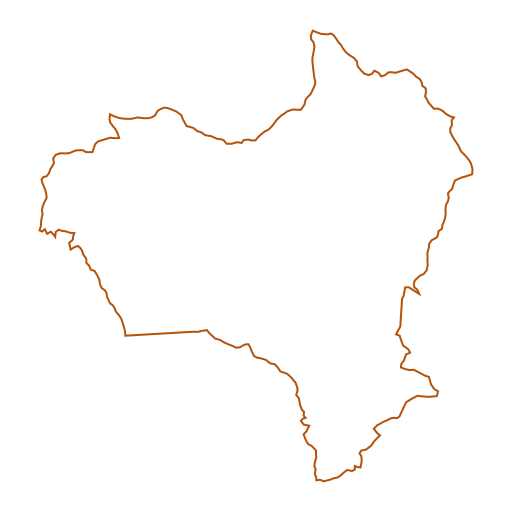 the district of Brotas, São Paulo, Brazil
{"feature_id": "56859067B5595696785316", "entity_name": "Brotas", "entity_type": "district", "adm_level": 2, "iso_a3": "BRA", "parent_name": "Brazil", "parent_adm1": "São Paulo", "projection": "orthographic", "projection_center": [-48.081, -22.291], "detail": "fine", "context": "isolated", "style": "outline", "palette": "amber", "viewbox_px": 512, "rotation_deg": 0, "n_neighbors": 0, "source": "geoboundaries", "source_scale": "gbopen_adm2", "svg_char_len": 4585}
<svg xmlns="http://www.w3.org/2000/svg" viewBox="0 0 512 512"><path d="M453.9,117.5L450.8,116.6L446.0,114.0L443.0,111.1L440.3,109.6L437.4,108.5L434.0,108.8L431.0,105.5L428.8,103.1L427.0,99.5L425.0,96.1L425.9,93.1L425.8,88.4L422.4,85.9L421.8,82.8L419.9,79.1L416.0,76.6L413.3,73.7L410.7,71.9L406.8,69.4L400.1,71.4L395.5,72.8L391.7,72.2L388.3,72.4L385.3,75.0L381.1,76.4L378.7,72.9L374.4,70.7L371.9,73.9L368.5,75.1L364.2,73.6L360.9,70.2L357.7,66.2L356.8,61.2L353.8,57.8L350.0,55.5L346.3,52.6L342.9,48.4L341.0,44.9L338.5,42.4L336.2,38.7L333.7,35.3L331.0,33.5L327.2,34.4L320.8,33.8L312.7,30.7L310.8,35.6L311.2,39.4L313.4,42.1L314.4,45.9L314.0,49.9L313.2,53.9L312.4,57.9L312.4,61.6L313.1,67.7L313.7,72.8L314.4,78.2L315.2,81.0L315.1,84.5L313.1,89.0L310.4,94.4L307.9,96.8L305.7,99.4L304.5,104.5L300.9,109.8L296.6,109.7L292.8,109.5L287.4,111.3L284.4,113.5L280.9,115.8L276.6,120.0L273.6,124.1L271.3,127.0L268.5,129.6L264.5,131.7L261.5,134.0L257.9,137.3L255.5,140.4L251.4,140.4L248.0,139.6L243.7,140.1L241.7,142.9L237.2,142.2L231.5,143.8L226.6,143.7L223.8,140.4L221.0,139.2L217.3,138.9L211.3,136.2L205.0,135.1L201.8,132.6L197.3,131.1L193.5,128.0L189.8,126.9L186.6,126.1L184.9,123.0L183.0,119.5L181.2,115.0L176.1,111.4L171.0,109.3L167.6,108.0L164.3,107.7L161.1,108.8L157.6,110.9L155.1,115.4L152.0,117.3L148.4,118.2L143.3,118.2L137.8,117.4L135.0,118.1L131.3,118.8L127.8,118.9L123.3,118.6L119.4,118.1L115.8,116.9L113.2,115.9L110.0,114.3L109.5,119.2L110.2,122.4L112.6,125.8L115.5,129.2L117.6,133.3L119.1,138.0L114.8,138.2L110.1,137.7L104.9,139.3L98.2,141.4L95.1,144.2L92.5,152.1L86.1,152.1L82.9,150.3L79.8,150.2L75.7,150.5L69.3,153.1L65.9,153.4L60.0,153.3L55.8,154.8L53.1,158.5L54.0,162.8L52.4,166.1L50.4,169.1L48.9,173.4L46.5,176.3L43.3,177.1L41.5,179.4L42.5,183.3L43.9,186.6L45.5,190.8L46.5,195.3L46.5,198.4L44.4,202.0L42.6,206.7L41.9,210.5L42.6,214.2L41.7,217.7L41.1,221.4L41.0,225.7L39.5,230.4L42.1,231.5L44.8,229.2L47.1,233.8L50.8,231.7L53.4,234.4L55.2,236.9L55.7,232.0L58.8,229.7L61.7,230.8L66.0,231.4L69.9,232.8L74.4,233.1L73.0,236.5L72.9,239.6L69.2,242.9L70.6,249.6L74.7,247.0L78.0,246.0L80.4,248.1L82.1,250.7L83.3,254.6L86.2,258.6L86.5,263.1L89.1,265.6L90.7,269.6L94.6,271.0L97.2,275.2L99.2,279.3L100.2,284.8L101.6,287.9L104.7,290.2L106.5,293.0L107.2,297.2L108.7,300.5L110.1,303.4L112.5,305.0L114.3,307.5L116.0,311.8L118.7,314.8L121.3,318.8L122.6,322.8L124.2,327.7L125.1,332.3L125.4,335.7L152.6,334.1L193.9,331.7L197.7,331.9L201.9,330.9L206.8,330.1L209.9,333.7L212.2,335.8L215.2,338.6L220.0,339.9L224.2,342.5L228.8,344.5L232.4,345.8L235.9,347.7L239.8,347.4L242.8,345.6L245.5,344.4L248.5,344.3L250.1,347.1L251.8,351.6L254.2,356.2L257.2,357.7L260.2,358.2L263.2,359.0L266.1,360.0L270.2,363.4L274.7,364.2L277.8,367.5L280.3,371.4L287.2,373.8L291.7,377.9L293.4,380.2L295.4,382.4L297.0,386.6L297.6,390.4L296.2,394.9L299.0,398.5L299.9,404.5L301.9,409.8L304.1,412.0L303.6,415.5L305.6,417.9L302.8,418.6L300.9,420.8L303.7,424.6L309.2,425.7L307.7,428.7L306.5,431.3L303.6,434.3L304.8,437.6L306.8,442.1L308.6,444.4L311.3,445.7L313.7,448.0L316.0,450.6L316.0,453.8L316.3,457.6L314.8,462.3L314.4,466.4L315.7,469.3L314.8,474.1L316.1,476.8L316.4,480.3L320.1,479.8L323.6,481.3L326.6,480.6L330.8,479.5L333.5,478.3L337.0,477.7L340.1,475.9L343.5,472.8L347.2,470.0L351.9,471.0L354.8,469.7L354.8,466.0L357.5,467.2L360.5,467.4L361.7,461.2L361.4,456.3L359.5,453.4L361.3,450.6L366.2,449.5L371.1,445.7L374.1,441.4L376.8,438.5L380.0,435.4L377.1,433.0L373.8,428.8L377.1,425.3L379.8,423.9L383.5,421.8L387.5,420.1L390.4,418.5L393.8,417.8L396.9,418.2L399.4,416.6L406.1,402.3L411.4,399.0L417.3,395.8L422.2,396.4L428.5,396.8L432.1,396.6L436.8,396.1L438.1,391.4L434.1,388.9L431.1,384.5L429.8,380.1L428.9,376.8L425.5,375.9L417.3,371.6L413.9,369.8L409.7,370.1L404.5,368.9L400.9,367.4L401.3,364.0L404.0,360.3L406.0,354.5L410.1,352.7L408.3,349.3L403.1,345.5L401.1,340.2L399.7,335.7L396.1,334.4L398.6,329.5L400.3,326.6L401.8,302.6L402.2,298.4L403.6,295.8L405.2,287.3L408.8,287.3L419.2,293.9L417.2,289.5L414.4,287.4L413.8,284.0L414.8,280.4L417.9,277.7L420.1,275.6L423.7,274.0L426.7,270.3L427.7,264.9L427.4,260.3L427.6,256.7L427.3,253.4L428.8,247.6L429.2,243.6L431.8,240.2L436.8,237.4L438.1,234.2L438.5,231.1L442.0,228.8L442.3,225.4L444.3,220.8L445.3,216.7L445.7,213.1L445.4,209.0L446.2,204.3L447.9,201.4L448.8,197.9L447.9,193.4L449.9,190.9L452.1,189.0L453.2,185.1L455.0,180.5L458.6,178.8L461.9,177.4L466.0,176.3L472.1,174.3L472.5,169.1L470.9,163.3L469.2,160.3L465.7,156.0L460.9,151.2L458.4,145.6L455.7,141.6L453.2,137.7L450.4,132.3L450.2,128.4L451.9,125.5L451.7,120.3L453.9,117.5Z" fill="none" stroke="#b45309" stroke-width="2"/></svg>